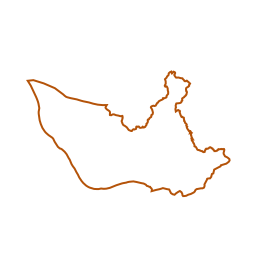 Viengxay, Houaphan, Laos, rotated 333°
{"feature_id": "54806243B54136616884271", "entity_name": "Viengxay", "entity_type": "district", "adm_level": 2, "iso_a3": "LAO", "parent_name": "Laos", "parent_adm1": "Houaphan", "projection": "equal_earth", "projection_center": [104.544, 20.388], "detail": "fine", "context": "isolated", "style": "outline", "palette": "amber", "viewbox_px": 256, "rotation_deg": 333, "n_neighbors": 0, "source": "geoboundaries", "source_scale": "gbopen_adm2", "svg_char_len": 5932}
<svg xmlns="http://www.w3.org/2000/svg" viewBox="0 0 256 256"><g transform="rotate(333 128 128)"><path d="M60.1,40.4L60.3,42.5L60.6,46.3L60.2,58.9L60.0,61.3L59.7,63.7L59.3,65.6L58.0,70.0L55.7,73.1L54.9,74.8L52.8,81.0L52.1,84.9L51.8,89.1L52.3,93.5L52.8,95.3L54.0,98.3L56.1,102.2L56.5,103.5L56.4,106.9L57.0,113.0L57.3,113.6L57.9,115.2L58.6,115.8L59.3,116.7L59.9,118.1L60.8,120.5L61.4,123.5L61.5,128.3L61.7,129.6L61.3,134.5L61.5,137.0L62.0,139.9L62.0,144.0L62.2,146.8L62.1,149.9L62.6,154.2L63.0,155.9L63.1,156.5L64.5,160.2L65.0,161.1L66.0,162.7L67.0,163.9L68.9,165.7L69.9,166.7L71.1,167.5L74.2,169.1L76.5,169.7L78.8,171.2L81.1,172.2L84.7,173.1L91.6,173.7L97.2,174.6L98.5,174.9L101.8,175.9L102.8,176.0L104.7,176.5L108.5,178.0L111.0,179.9L114.9,183.2L116.6,184.5L117.2,185.2L118.2,186.7L118.5,188.1L119.5,189.0L120.3,190.1L121.0,190.5L121.0,191.5L121.4,192.2L121.5,192.7L121.4,193.6L120.9,194.4L120.4,195.0L124.8,195.9L128.2,196.8L130.3,197.2L131.8,197.4L134.9,200.1L136.8,201.5L136.7,205.5L137.7,207.3L139.2,208.6L141.3,208.0L143.9,207.7L145.6,207.7L146.5,209.5L146.5,211.2L146.0,212.8L146.2,213.7L147.3,214.2L149.0,214.8L151.5,214.8L154.0,215.3L157.3,215.3L158.7,214.9L159.7,214.0L161.3,213.6L165.7,214.9L167.0,215.6L168.7,215.6L170.0,214.3L170.5,213.0L175.0,209.8L175.5,209.2L176.2,209.3L178.3,210.1L180.0,209.3L180.8,208.3L181.9,207.1L183.4,207.2L185.9,204.2L193.1,204.1L193.8,203.4L199.5,204.4L202.6,203.8L203.8,203.0L204.2,201.7L203.7,200.4L202.9,198.9L201.6,197.3L201.5,194.4L202.2,193.1L202.7,192.7L203.9,191.2L204.0,190.5L203.6,190.4L203.3,189.9L202.6,189.8L202.2,189.4L202.0,189.5L201.2,188.9L200.8,188.8L199.6,188.4L199.0,187.9L198.5,188.0L198.0,188.5L197.3,188.4L197.1,188.6L196.6,188.4L195.8,188.5L194.8,187.9L194.5,187.8L194.5,187.2L194.3,186.5L194.4,186.1L194.0,185.6L194.0,184.6L193.7,184.3L193.3,184.1L193.3,183.5L192.9,183.1L192.7,182.6L191.8,182.3L191.0,182.6L190.5,182.7L190.2,182.6L189.7,182.7L189.4,182.5L188.7,182.4L188.5,182.0L188.3,181.9L187.2,182.3L186.5,183.2L185.9,183.3L185.4,184.1L184.5,183.9L183.7,183.0L183.6,182.3L182.7,181.7L182.5,181.4L181.9,180.6L181.6,180.5L181.2,179.8L180.5,179.5L180.0,178.8L180.0,178.3L179.9,177.8L180.0,177.0L179.8,175.5L179.6,175.3L179.3,174.9L179.0,174.7L178.9,174.4L179.4,173.7L179.7,171.6L179.4,170.9L179.6,170.1L179.3,168.4L179.3,167.7L179.7,167.6L180.4,167.8L179.8,166.2L180.2,166.0L180.3,165.6L180.6,165.8L180.6,164.6L180.9,163.8L180.8,163.3L181.1,162.8L181.0,162.3L181.1,161.9L181.4,161.5L181.9,161.5L182.0,161.3L182.5,161.2L182.2,160.5L182.2,160.1L181.4,160.2L182.0,159.6L182.0,158.9L181.8,158.8L181.2,159.3L181.0,158.7L181.3,158.4L181.3,158.2L181.1,158.0L180.8,157.6L180.8,157.0L180.6,156.0L180.6,154.5L180.8,153.7L181.4,153.6L181.4,153.4L181.1,152.9L181.1,152.1L181.9,151.5L181.7,150.4L181.2,149.4L181.3,148.7L181.5,148.1L181.5,147.5L181.2,147.1L181.4,146.8L181.6,146.7L181.9,145.3L182.2,144.8L182.4,144.2L182.0,143.9L181.7,143.4L181.6,142.8L180.8,142.6L180.7,142.4L180.7,140.5L181.2,137.3L181.6,137.1L181.9,136.6L181.9,136.2L181.4,135.9L181.1,135.0L180.9,134.8L180.4,134.7L178.1,135.0L178.8,132.8L179.6,131.7L180.2,131.3L180.4,130.2L180.7,129.6L182.1,128.1L182.3,128.1L185.1,129.2L186.0,129.4L187.1,129.3L187.4,129.0L187.7,128.6L188.0,128.3L188.7,128.3L189.0,128.0L189.4,126.6L189.6,126.4L189.9,126.2L192.1,126.0L192.5,125.6L193.7,125.5L194.3,125.0L194.8,125.0L195.2,124.7L195.8,124.1L196.1,123.5L196.7,123.0L196.9,122.3L196.9,122.0L196.6,121.3L197.0,120.8L197.1,120.2L197.2,119.9L197.9,118.9L199.2,118.6L200.5,118.6L201.4,118.3L201.6,118.2L201.6,117.6L201.8,117.4L202.7,117.1L203.5,116.5L202.9,115.3L202.8,114.4L202.1,113.5L202.2,113.2L202.1,112.9L201.9,112.5L201.5,112.4L200.4,112.4L199.9,112.1L199.6,111.6L199.6,110.7L199.4,110.1L199.1,109.4L199.1,108.6L198.9,108.3L198.0,107.8L196.8,106.8L196.0,106.0L193.8,105.0L193.6,104.7L193.3,102.6L193.3,101.8L193.4,101.6L194.4,101.1L195.0,100.4L195.1,99.9L194.9,99.4L194.6,99.0L194.1,98.5L192.8,99.1L191.9,99.3L191.9,98.8L192.2,97.4L190.7,97.3L189.3,97.7L189.0,97.9L188.4,98.9L187.9,99.4L186.8,99.6L186.3,99.8L185.1,100.7L183.3,101.2L183.1,101.3L182.8,103.4L181.7,105.7L180.9,106.2L179.9,107.1L179.9,107.9L180.1,108.2L181.3,108.4L181.4,108.6L181.4,109.3L181.4,110.1L181.3,110.8L180.5,112.6L180.2,114.1L179.2,115.9L177.7,116.5L177.1,116.8L176.3,118.0L175.7,118.2L175.1,118.0L174.3,118.1L173.8,118.0L172.9,117.3L172.7,117.3L172.4,118.1L172.1,118.2L170.3,118.2L169.7,118.1L167.5,118.2L166.2,119.0L165.6,118.9L164.4,119.5L164.1,119.9L163.6,120.1L162.9,120.6L161.7,120.5L161.3,120.3L161.0,119.8L160.6,119.6L158.8,119.4L158.1,119.6L157.8,119.9L157.7,120.4L157.9,122.5L157.8,123.1L157.6,123.4L157.6,124.0L157.2,125.6L156.3,126.8L155.6,127.1L154.9,127.0L154.4,127.5L154.1,128.0L153.9,128.5L153.6,128.7L151.9,128.9L151.3,129.2L150.7,129.7L150.5,129.8L149.8,129.5L149.4,129.7L149.1,129.9L148.8,131.0L147.9,132.1L147.0,132.4L146.7,132.7L146.3,132.7L146.2,132.9L146.1,133.3L145.8,133.7L144.8,134.1L143.9,134.8L143.3,134.7L142.3,134.8L141.9,134.4L141.8,133.6L141.7,133.5L141.2,133.8L141.1,134.1L140.9,134.1L140.5,133.8L139.6,133.7L139.2,133.5L138.6,133.1L138.4,132.8L138.4,131.8L138.1,131.5L137.7,131.3L137.1,131.3L136.5,130.7L136.2,130.6L135.8,130.8L134.9,132.3L134.5,132.5L133.8,132.3L132.9,132.2L132.3,131.6L131.3,131.7L130.1,132.4L129.6,132.2L129.0,131.6L127.9,130.3L127.7,129.9L127.3,127.2L127.1,126.5L126.6,125.6L126.0,124.4L125.3,123.5L125.1,122.8L125.1,121.1L125.3,120.6L125.3,119.6L125.5,118.9L126.7,117.9L127.0,117.4L127.8,116.6L128.1,115.9L128.5,114.9L128.4,114.6L128.1,114.5L127.4,114.6L127.1,114.3L126.1,113.6L125.2,112.7L123.0,111.0L121.9,109.7L121.2,109.2L120.3,108.9L118.9,109.0L117.8,108.3L117.8,108.1L119.1,105.8L119.2,105.0L119.0,104.3L117.6,101.8L117.2,100.3L117.2,99.7L117.7,99.1L119.5,97.9L116.0,96.2L111.7,93.5L108.0,90.5L104.8,87.5L100.4,84.0L98.6,82.4L95.4,79.3L90.5,75.4L87.9,73.1L87.0,72.1L86.2,70.5L85.5,68.6L80.9,59.3L73.2,50.0L65.4,42.4L60.1,40.4Z" fill="none" stroke="#b45309" stroke-width="2"/></g></svg>